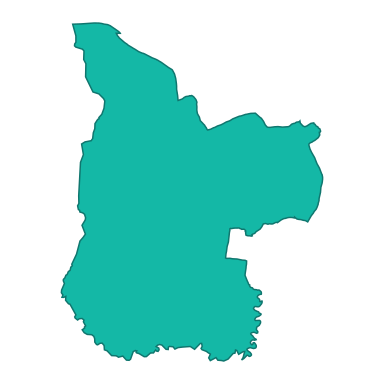 the district of Leraba, Léraba, Burkina Faso
{"feature_id": "67063806B8254339248909", "entity_name": "Leraba", "entity_type": "district", "adm_level": 2, "iso_a3": "BFA", "parent_name": "Burkina Faso", "parent_adm1": "Léraba", "projection": "mercator", "projection_center": [-5.133, 10.653], "detail": "fine", "context": "isolated", "style": "filled", "palette": "teal", "viewbox_px": 384, "rotation_deg": 0, "n_neighbors": 0, "source": "geoboundaries", "source_scale": "gbopen_adm2", "svg_char_len": 5985}
<svg xmlns="http://www.w3.org/2000/svg" viewBox="0 0 384 384"><path d="M72.7,24.2L75.9,35.9L75.9,42.2L74.7,44.0L74.5,45.8L75.8,47.1L82.5,49.2L84.0,51.0L83.7,59.5L85.9,63.7L85.6,76.8L93.0,92.0L98.9,93.9L103.6,98.6L104.8,101.0L104.0,108.3L101.8,114.3L98.9,117.5L99.1,118.7L97.7,119.4L95.0,123.6L94.8,128.7L93.3,132.8L92.7,138.5L91.2,140.7L85.0,141.9L81.6,144.0L83.4,154.6L80.5,162.4L78.7,195.9L78.9,203.4L77.6,205.8L78.4,209.6L79.6,210.3L79.9,212.0L82.6,212.8L84.5,214.2L85.6,217.8L85.2,220.0L82.0,225.3L85.4,234.1L83.2,237.3L80.0,241.0L76.5,254.2L71.8,264.2L72.3,265.7L70.8,267.2L70.1,270.4L68.4,271.5L67.1,274.6L65.9,275.2L64.9,277.8L63.4,279.4L63.3,280.8L64.4,283.5L61.6,290.1L61.4,292.7L62.9,295.0L62.0,297.3L63.7,297.4L65.8,296.4L65.6,300.3L68.5,303.8L70.0,304.2L75.9,314.9L74.7,316.9L75.2,318.1L77.6,320.0L79.4,318.7L82.1,318.5L84.0,320.1L83.4,321.8L85.6,325.9L84.4,327.1L84.6,328.1L82.2,329.8L84.2,332.7L87.2,334.4L91.7,334.7L93.8,336.3L94.7,338.8L94.8,342.1L96.5,344.5L97.7,344.8L100.0,343.3L102.1,343.1L104.1,345.5L104.4,349.8L107.1,350.8L111.6,355.6L116.3,355.8L118.5,357.2L122.8,356.1L126.4,360.1L129.1,360.3L130.5,359.3L133.2,351.7L135.2,350.5L136.8,350.9L136.0,352.0L136.4,352.8L139.1,353.6L144.2,356.7L146.4,356.6L150.5,353.0L153.5,352.9L155.6,350.0L156.6,351.1L158.0,351.4L159.1,349.8L158.8,348.1L156.1,346.6L157.5,345.2L159.6,344.5L161.8,345.0L166.0,349.3L168.2,349.5L168.4,347.2L169.4,346.4L173.1,346.8L174.9,349.1L178.0,347.6L182.1,347.1L190.3,346.5L194.6,349.3L200.2,343.5L201.6,343.4L202.2,346.3L201.1,348.5L202.0,349.7L206.4,351.4L208.1,352.7L210.4,354.1L208.7,357.9L210.3,360.6L216.0,357.6L217.8,360.2L221.3,360.5L223.8,361.0L228.1,359.1L233.1,353.5L235.0,353.1L235.5,350.0L236.7,350.4L238.7,354.3L243.0,351.7L244.7,351.5L243.1,357.5L241.6,360.0L243.9,358.5L247.0,355.3L247.8,355.3L249.2,356.4L249.9,356.3L250.6,356.0L251.4,355.1L251.4,354.3L251.2,353.9L250.1,352.4L248.3,351.2L247.0,349.9L246.9,349.4L247.2,348.9L248.3,348.2L250.1,347.6L253.4,348.5L254.8,348.3L255.7,347.9L256.2,347.0L256.3,346.4L256.2,345.4L255.7,344.4L254.6,342.9L254.3,342.7L253.7,342.7L253.1,342.9L252.9,344.0L252.6,344.5L252.1,344.7L251.5,344.7L250.4,342.9L250.4,342.2L250.8,341.3L252.3,340.0L253.1,339.9L254.6,340.2L256.2,339.7L256.0,339.2L254.8,338.6L253.9,337.7L252.7,335.9L251.0,334.4L250.7,333.8L251.0,333.2L251.5,332.8L253.9,332.2L256.7,333.3L257.7,332.8L257.8,331.5L256.7,330.2L256.4,329.6L256.6,327.6L257.1,326.8L259.3,325.3L260.5,323.0L260.6,322.2L260.5,321.3L260.0,320.7L259.6,320.4L255.5,320.5L254.9,319.9L254.8,319.1L255.9,317.5L256.6,317.0L258.8,316.3L259.5,315.8L260.8,314.8L261.1,314.1L260.4,313.5L259.2,313.1L258.6,311.9L257.5,311.4L256.6,311.3L256.0,310.7L254.9,310.3L253.6,308.9L253.5,308.4L254.3,307.0L254.8,306.6L255.5,306.5L257.6,306.8L258.8,306.7L259.7,306.1L261.7,303.6L262.2,301.9L261.9,301.0L261.0,301.5L260.1,301.7L259.7,301.3L259.8,300.6L259.6,299.7L259.2,299.0L257.8,297.9L257.4,297.4L257.3,296.7L258.0,295.5L259.1,294.8L260.1,294.4L261.2,294.3L261.4,293.9L261.3,292.2L260.9,291.5L260.4,291.1L259.4,290.2L258.7,290.0L257.6,290.2L257.1,289.9L256.5,289.7L254.1,289.5L253.2,289.0L252.5,287.9L250.6,287.3L250.3,287.0L249.8,286.3L249.7,284.9L248.8,284.6L248.1,282.7L247.2,280.8L245.0,275.3L245.2,273.4L246.0,268.1L246.1,266.3L246.5,264.1L246.6,261.0L245.1,260.3L242.3,260.1L237.0,259.0L232.8,258.8L230.0,258.3L226.7,258.4L225.6,258.0L226.0,253.7L226.5,251.4L227.1,246.6L228.4,242.1L229.4,232.7L229.9,230.1L229.8,229.7L230.0,228.6L230.6,228.4L231.3,228.6L234.1,228.1L239.0,228.0L239.6,228.2L240.2,228.7L241.1,228.9L241.7,229.3L244.0,229.2L245.6,230.5L245.3,231.5L245.7,231.6L245.7,233.8L246.1,235.3L248.0,235.8L249.6,235.8L250.6,236.0L251.8,236.1L252.3,235.8L251.8,234.8L252.8,234.1L254.8,233.3L256.1,231.7L260.1,229.1L261.8,226.8L262.1,226.2L263.4,223.8L264.1,223.8L265.5,223.5L267.9,224.2L269.9,223.7L270.9,224.0L272.8,223.9L275.3,222.6L277.2,222.3L277.5,222.6L281.2,219.9L283.8,218.6L285.3,218.4L287.9,217.6L289.9,217.4L292.1,217.5L294.6,218.0L294.6,217.1L296.9,219.0L298.7,219.4L300.9,219.6L303.3,220.3L305.4,220.6L307.7,221.9L311.3,215.7L313.4,213.0L314.2,211.5L316.1,209.3L317.0,207.4L317.5,206.1L318.2,204.1L318.2,203.2L318.7,201.8L319.1,200.0L319.0,199.2L319.2,198.1L320.5,192.3L320.9,187.2L322.0,183.5L322.3,181.8L322.6,179.2L322.6,177.1L322.1,174.6L321.7,174.0L319.5,168.2L317.0,163.7L315.6,160.2L314.7,157.8L311.5,152.2L310.0,149.0L308.9,145.2L308.9,144.1L309.7,143.2L310.7,142.6L311.9,142.2L313.4,141.1L314.7,140.5L318.3,137.6L319.8,134.9L319.4,133.9L319.6,133.4L319.3,132.3L320.1,132.1L320.5,131.6L320.6,131.1L319.8,128.8L318.5,128.1L317.7,126.7L316.5,126.2L316.1,125.9L315.0,124.3L314.0,123.8L313.9,123.0L313.5,122.9L310.8,123.4L306.8,126.0L305.2,126.6L304.6,126.7L302.9,125.9L300.3,123.1L299.9,121.0L299.6,121.4L298.6,121.9L296.7,122.1L295.9,122.5L294.6,123.4L293.8,123.4L291.6,124.2L290.0,125.8L289.1,126.4L288.1,126.7L282.5,127.1L278.0,126.6L274.6,126.8L270.0,127.4L267.8,127.3L266.9,126.8L265.2,124.8L263.5,121.3L261.4,118.3L259.7,117.1L255.4,113.2L250.6,113.4L246.4,114.3L245.5,114.4L241.2,115.9L239.3,116.2L232.9,118.8L229.7,120.8L226.2,122.0L223.4,123.6L221.0,124.8L217.4,126.0L215.0,127.3L213.4,127.8L210.7,129.2L207.7,130.0L207.0,129.5L206.8,128.8L206.1,127.5L205.2,126.4L204.7,125.3L203.2,123.8L202.8,123.3L200.3,120.7L199.4,117.2L197.5,113.8L197.2,112.6L196.8,109.9L196.9,106.9L196.6,104.3L196.7,103.1L196.9,102.5L196.8,101.8L195.9,99.5L193.6,96.7L191.7,95.5L190.9,95.9L190.4,95.7L189.8,95.7L188.4,96.2L186.0,96.5L184.2,97.4L183.3,98.2L182.2,99.0L178.1,100.5L178.0,100.0L177.6,95.4L176.6,89.3L176.6,86.1L176.4,83.5L175.7,78.4L174.5,74.0L172.4,70.0L171.7,69.4L168.5,67.5L161.8,62.7L157.7,60.2L155.7,59.2L151.9,57.7L144.8,54.0L143.4,53.4L142.1,53.1L138.6,51.6L135.4,49.5L133.3,48.3L130.9,46.8L128.3,45.3L127.1,44.2L124.7,42.6L119.2,37.9L118.6,36.9L117.8,36.2L116.3,33.3L120.2,33.3L119.8,32.6L118.3,31.3L110.2,25.7L107.6,24.6L104.0,24.1L101.8,23.5L99.0,23.1L94.2,23.0L81.2,23.9L72.7,24.2Z" fill="#14b8a6" stroke="#0f766e" stroke-width="1.5"/></svg>